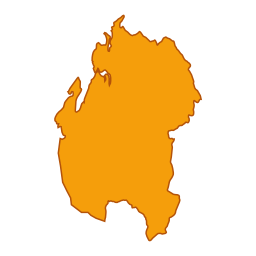 the border of Sofia
{"feature_id": "MDG-5880", "entity_name": "Sofia", "entity_type": "Autonomous Province", "adm_level": 1, "iso_a3": "MDG", "parent_name": "Madagascar", "parent_adm1": "", "projection": "equal_earth", "projection_center": [48.484, -15.315], "detail": "fine", "context": "isolated", "style": "filled", "palette": "amber", "viewbox_px": 256, "rotation_deg": 0, "n_neighbors": 0, "source": "natural_earth", "source_scale": "10m", "svg_char_len": 5740}
<svg xmlns="http://www.w3.org/2000/svg" viewBox="0 0 256 256"><path d="M60.2,138.5L62.1,139.3L64.2,138.3L65.1,137.4L65.3,136.0L65.0,135.6L63.7,135.3L63.2,134.9L63.0,134.5L62.0,132.2L61.2,127.2L61.2,126.7L60.3,126.5L59.8,126.6L58.1,127.6L57.9,126.6L58.0,125.7L58.6,123.8L57.2,123.9L56.7,123.6L56.4,122.0L55.4,121.2L55.0,120.6L54.9,118.8L55.4,117.1L56.9,114.2L58.8,112.0L61.3,109.9L63.5,107.4L64.7,102.8L65.5,101.4L68.4,97.8L69.7,96.9L71.0,96.3L72.3,96.1L73.1,95.2L73.2,93.4L72.9,91.8L71.9,91.6L71.3,92.3L71.0,93.5L70.3,94.0L69.4,94.0L68.9,93.6L68.0,91.8L68.3,91.8L70.1,88.2L77.3,78.2L78.1,77.4L78.5,77.7L79.1,79.5L80.2,81.3L80.3,82.1L80.1,86.9L80.3,88.1L81.3,88.9L81.5,89.7L80.7,91.8L77.4,96.9L76.5,98.8L75.9,101.1L75.3,110.6L75.5,111.5L76.3,112.1L77.0,111.9L78.9,110.6L79.5,110.0L80.5,107.9L81.1,105.7L81.8,103.7L83.5,101.9L84.1,102.6L84.3,101.9L84.3,99.9L84.6,98.6L88.7,88.2L89.0,86.0L89.3,85.0L91.1,82.5L91.3,81.8L91.3,80.4L91.5,79.8L93.3,78.5L94.6,76.5L95.1,75.3L95.3,74.3L95.7,73.1L97.4,71.7L97.6,70.0L100.1,74.5L101.2,75.8L103.8,76.9L104.4,77.5L104.7,78.4L104.7,80.2L104.8,81.2L105.7,79.9L105.7,78.2L105.2,76.6L104.4,75.8L106.0,74.1L107.6,74.4L108.7,76.0L109.2,78.5L109.1,83.8L109.4,85.3L110.4,83.3L110.7,81.0L110.7,77.8L110.2,75.0L109.0,73.7L108.2,73.4L106.2,70.8L105.1,70.0L104.2,70.2L102.4,71.6L101.7,72.0L100.9,72.2L100.1,72.0L99.3,71.0L98.4,68.8L98.0,68.4L96.4,71.4L95.7,72.3L95.1,72.7L94.7,72.1L93.3,68.4L94.0,67.3L94.1,66.8L94.0,66.0L93.5,65.2L92.5,62.5L92.5,62.1L92.9,61.6L92.1,60.7L92.2,57.3L92.6,54.7L93.3,52.2L94.5,50.2L95.8,49.2L96.3,48.5L96.4,47.3L96.5,44.9L96.7,44.1L97.3,43.3L98.6,42.7L101.3,45.3L103.2,45.1L104.0,44.9L105.1,45.1L105.6,44.9L106.1,44.0L106.5,42.7L106.8,40.3L106.6,38.5L106.0,36.4L105.1,34.5L104.0,33.7L104.7,32.6L106.0,33.0L108.4,35.3L109.8,36.2L110.2,36.8L110.2,37.9L109.4,39.3L109.2,40.3L109.0,42.3L108.1,46.3L107.9,48.4L108.0,50.3L108.4,51.2L109.2,51.3L109.5,50.6L109.6,48.1L111.3,46.3L111.3,45.7L110.4,44.1L110.1,43.1L110.0,42.2L110.4,40.5L112.0,37.7L112.3,36.0L112.3,34.2L112.2,32.4L111.6,31.1L111.2,30.8L112.3,29.6L112.4,29.3L112.3,28.9L111.7,27.7L111.7,27.3L111.9,27.0L113.5,26.4L114.0,25.8L114.1,25.2L114.1,24.8L113.8,23.2L114.0,22.5L116.5,20.9L118.4,19.0L120.6,17.7L122.5,15.9L123.4,15.4L123.7,15.4L123.9,15.6L124.1,16.2L124.0,17.1L121.7,21.2L120.3,22.6L120.1,22.9L119.7,25.1L119.9,27.0L120.4,27.6L121.1,27.8L121.8,27.4L122.4,26.6L122.7,26.5L123.0,26.6L123.7,27.7L125.2,30.3L127.8,32.2L129.8,34.3L131.2,35.2L132.4,35.6L133.7,35.0L135.1,34.8L136.0,34.4L137.7,33.3L139.1,31.9L139.6,31.6L140.1,31.9L140.8,32.6L143.0,35.8L143.3,36.2L145.8,37.4L150.0,41.5L150.3,41.6L151.0,41.6L152.2,41.1L153.6,40.9L154.6,40.1L155.0,40.2L155.4,40.6L156.6,43.1L156.8,43.5L156.9,44.5L157.3,45.0L157.6,45.0L158.7,43.5L160.2,42.3L161.6,41.5L163.5,38.1L165.6,37.1L166.4,37.3L167.4,38.1L168.8,38.5L169.6,38.8L172.6,41.1L173.5,41.1L173.9,41.5L174.3,42.8L175.0,45.8L176.2,47.6L176.8,49.0L178.4,50.5L180.4,53.3L182.3,55.1L183.3,57.3L184.3,59.2L185.5,60.5L187.0,61.3L187.9,62.3L189.0,63.0L190.1,64.3L190.3,64.7L190.4,65.1L190.4,65.9L190.3,66.3L190.1,66.7L189.4,67.4L188.8,68.2L188.4,69.2L188.4,69.7L188.5,70.1L189.5,71.2L191.5,74.8L193.6,81.0L193.7,81.8L193.4,83.4L194.8,88.1L195.7,89.3L197.4,90.6L200.2,95.5L200.5,96.5L201.1,99.2L200.7,99.1L199.6,99.7L198.4,101.9L198.0,102.3L197.6,102.5L196.4,102.2L194.6,100.7L194.3,100.6L194.0,100.7L193.8,101.2L193.7,102.6L193.7,103.1L194.1,104.8L194.1,105.8L194.0,106.8L193.3,109.5L193.4,110.3L193.7,111.7L193.7,112.7L193.6,114.1L193.2,115.0L192.7,115.4L191.9,115.7L190.4,115.5L189.3,115.0L188.9,115.0L188.7,115.2L188.5,115.6L188.5,117.3L189.1,118.6L189.2,120.0L189.2,120.5L188.8,121.7L188.1,122.6L187.7,122.7L186.4,122.3L185.7,122.3L185.4,122.5L184.7,123.5L183.7,124.0L182.1,125.3L181.2,125.5L180.1,125.5L179.2,125.8L178.4,126.6L177.3,128.2L175.5,129.1L173.8,130.2L173.2,130.4L171.8,130.2L169.3,130.8L168.7,131.0L168.2,131.8L168.0,133.5L168.5,135.1L168.7,137.0L169.2,138.0L169.7,138.4L170.3,138.7L172.0,138.4L173.0,139.2L174.1,138.9L174.2,139.5L173.8,140.7L173.2,141.7L172.3,142.8L171.9,143.8L171.8,144.8L172.2,146.6L172.3,147.5L171.3,157.0L170.5,161.4L170.6,162.7L171.8,165.0L172.2,166.5L172.6,168.1L173.3,172.5L173.3,174.0L173.2,174.7L172.4,176.6L171.6,178.0L170.2,180.0L169.4,181.7L168.9,184.0L168.3,186.9L167.5,189.4L167.4,190.0L167.5,190.5L168.0,191.0L173.4,194.3L175.1,194.6L177.4,194.8L178.7,195.3L179.1,195.8L179.3,196.2L179.3,198.4L179.7,199.5L179.8,200.3L179.4,201.9L176.0,210.1L175.7,211.0L175.6,211.8L175.4,212.8L174.5,214.5L173.3,215.6L171.1,217.1L169.7,217.6L169.4,218.0L169.2,218.9L169.2,220.6L168.7,222.2L168.0,223.8L167.2,226.2L165.8,227.9L165.5,228.4L165.3,229.2L165.4,230.2L166.3,232.1L166.3,232.5L166.1,232.8L165.2,233.4L162.3,234.0L160.1,233.3L157.8,233.6L152.6,238.2L151.1,240.0L150.0,240.6L149.3,240.5L148.8,240.1L147.0,236.5L146.3,234.3L146.1,233.4L146.2,231.9L146.6,230.3L147.5,228.2L147.8,227.5L147.9,226.6L147.7,225.8L146.8,224.8L146.6,224.1L146.5,220.9L146.4,220.4L145.8,219.1L145.6,217.6L144.6,216.7L144.1,215.2L143.7,214.7L142.8,213.8L141.6,213.1L139.8,212.2L138.8,211.4L137.2,208.6L136.1,207.4L135.5,207.2L134.2,207.6L133.1,207.6L132.5,207.8L132.3,207.8L132.0,207.1L131.9,205.6L131.6,205.0L130.3,204.5L129.7,204.2L128.3,202.8L127.4,201.3L126.7,200.5L126.2,200.1L124.9,200.3L123.5,200.0L120.8,200.7L119.4,201.5L118.3,201.8L117.2,202.4L116.8,202.4L115.3,202.3L113.9,201.5L112.5,201.5L111.0,200.9L110.4,201.0L109.4,201.5L108.4,200.9L108.2,201.1L108.0,201.5L108.0,203.0L107.8,203.5L106.2,205.3L105.5,207.1L105.4,208.3L105.9,211.0L105.9,212.7L105.5,217.3L105.0,219.0L104.7,221.3L96.0,218.2L90.9,215.3L88.0,212.4L81.5,212.4L71.4,204.7L70.6,197.9L67.0,191.1L62.7,182.3L60.5,165.8L58.3,153.1L60.2,138.5Z" fill="#f59e0b" stroke="#b45309" stroke-width="1.5"/></svg>